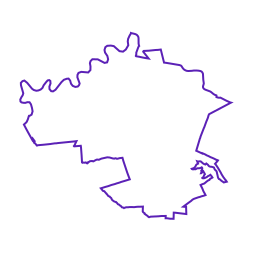 Butea, Iasi, Romania (Mercator projection), rotated 85°
{"feature_id": "2599482B5832134522428", "entity_name": "Butea", "entity_type": "district", "adm_level": 2, "iso_a3": "ROU", "parent_name": "Romania", "parent_adm1": "Iasi", "projection": "mercator", "projection_center": [26.967, 47.08], "detail": "fine", "context": "isolated", "style": "outline", "palette": "violet", "viewbox_px": 256, "rotation_deg": 85, "n_neighbors": 0, "source": "geoboundaries", "source_scale": "gbopen_adm2", "svg_char_len": 5694}
<svg xmlns="http://www.w3.org/2000/svg" viewBox="0 0 256 256"><g transform="rotate(85 128 128)"><path d="M107.3,225.6L108.1,226.0L110.4,226.9L112.6,228.1L113.2,228.5L114.0,229.4L115.5,231.4L120.0,229.5L123.0,228.2L131.3,224.5L130.1,223.9L132.9,222.2L133.0,222.4L133.3,223.3L134.8,222.6L134.8,222.3L135.0,222.0L137.4,220.4L137.6,220.2L137.3,219.6L137.3,219.0L137.3,213.5L137.3,213.1L137.2,207.5L137.2,206.8L137.1,205.6L136.9,202.0L137.0,200.7L136.9,199.3L136.7,182.6L136.6,180.5L140.6,182.8L141.3,183.5L141.5,183.4L141.6,183.1L141.6,182.1L141.6,179.1L141.6,176.6L142.9,176.5L151.1,176.6L158.3,176.8L158.7,176.2L158.5,175.6L158.8,174.2L158.6,173.0L158.8,172.8L159.4,172.3L159.7,171.7L159.5,171.2L158.9,170.9L158.6,170.8L158.5,170.6L158.4,169.9L157.7,168.6L157.8,167.7L157.7,166.9L157.8,166.4L158.2,165.7L158.2,165.3L157.7,164.3L156.8,162.1L156.8,161.1L157.1,159.8L156.2,157.2L155.4,151.2L155.8,148.9L157.1,145.5L157.3,144.1L157.1,143.5L157.1,142.8L157.6,142.0L157.7,141.1L157.3,139.0L157.2,136.1L160.4,135.5L172.2,132.7L176.2,131.6L177.2,131.3L179.3,130.7L180.4,135.8L181.2,139.8L181.5,140.7L181.9,142.5L182.2,144.1L182.7,146.0L183.3,149.4L184.2,152.8L184.7,155.6L185.6,159.7L185.7,160.3L187.6,159.0L188.1,158.7L188.6,158.2L188.9,157.1L189.3,156.8L190.0,156.4L190.2,156.2L191.0,155.6L191.3,155.5L191.5,155.1L191.9,154.9L192.2,154.8L192.8,154.3L194.0,153.6L194.8,152.1L195.3,151.9L195.7,151.5L196.2,150.9L196.8,150.6L197.7,150.4L198.1,150.2L199.7,148.6L200.7,146.7L200.8,146.3L201.0,146.3L201.7,145.5L202.9,144.8L203.1,144.6L203.4,143.8L203.7,143.5L204.6,142.7L204.8,142.2L205.6,141.5L206.4,141.1L206.8,139.9L207.0,139.4L207.4,139.0L207.2,138.7L207.0,137.4L206.8,136.9L206.9,135.3L207.0,134.7L206.9,133.9L207.0,131.8L207.4,128.7L207.3,127.2L207.3,124.6L207.4,124.2L207.5,122.2L207.5,121.7L207.6,121.2L207.6,120.0L212.5,120.6L213.1,120.3L213.8,119.6L214.5,118.8L215.0,118.9L215.6,118.2L216.1,117.6L217.4,116.1L218.3,115.4L218.7,114.8L218.3,113.2L218.6,105.7L218.6,105.0L218.6,102.3L218.9,98.1L221.2,98.4L221.3,97.1L222.1,93.7L222.4,90.5L216.3,89.8L216.4,88.8L217.4,84.1L217.8,82.2L218.8,77.4L211.5,77.0L211.4,78.8L211.2,79.8L208.0,74.6L206.1,71.4L205.3,70.4L204.9,69.8L204.3,68.4L203.1,63.7L203.0,62.7L202.5,60.9L202.1,58.6L201.6,56.6L199.9,57.3L197.8,58.3L194.5,59.3L191.1,60.7L190.5,59.0L189.9,56.7L189.5,56.2L189.0,55.4L188.5,54.8L187.5,53.2L187.1,52.4L186.9,51.6L186.7,51.3L186.0,50.8L185.7,50.5L185.0,48.8L184.7,48.2L183.5,48.8L181.8,50.0L182.5,51.3L182.9,52.5L183.7,53.7L184.1,54.7L184.5,55.8L184.7,56.7L184.7,57.2L184.6,57.8L184.4,58.3L184.1,58.3L183.9,57.8L183.3,57.1L181.4,56.1L180.7,55.4L179.7,55.8L177.6,56.8L177.9,57.2L178.6,57.9L179.4,58.9L179.4,59.2L178.8,58.9L178.2,58.6L177.7,58.6L177.1,58.7L176.8,58.7L176.0,57.9L174.9,57.6L174.5,57.5L173.8,57.8L173.6,58.0L174.1,59.1L174.3,60.5L174.2,61.6L174.2,62.6L174.9,64.1L175.0,64.4L174.8,65.8L174.9,66.6L174.8,67.2L174.4,68.0L174.2,68.1L173.9,66.7L173.7,66.0L173.4,65.5L172.6,64.5L171.4,63.7L171.0,63.5L170.5,63.1L169.9,62.1L169.6,61.3L167.2,62.0L167.6,61.1L167.4,59.9L167.6,58.5L168.7,57.4L169.6,56.6L170.5,55.4L171.1,54.1L170.2,53.1L171.3,51.9L171.6,51.6L172.8,50.9L173.3,50.3L173.5,49.9L173.7,49.4L173.9,48.2L174.4,46.8L174.6,46.3L174.9,45.8L176.6,45.3L177.0,45.1L178.2,44.0L178.6,43.7L179.5,43.4L181.3,43.2L182.4,43.0L184.8,42.7L185.6,42.5L186.7,41.9L186.8,41.5L187.6,40.5L188.2,40.1L189.2,39.0L189.8,38.2L190.6,37.3L190.5,36.8L190.1,34.3L188.6,35.1L188.6,35.3L186.3,36.6L185.8,37.0L182.3,38.8L180.7,39.4L178.6,40.4L175.1,42.1L172.4,43.6L171.3,44.4L168.6,41.6L168.1,41.2L167.5,42.3L167.4,42.9L167.1,43.2L166.7,43.9L166.4,44.3L165.2,46.4L164.2,48.4L163.4,49.6L162.8,50.6L162.4,51.4L161.8,52.5L161.5,52.7L161.3,53.0L160.3,54.8L159.6,56.1L159.9,56.2L156.6,62.0L145.8,57.7L145.4,57.6L144.1,56.9L142.9,56.5L134.6,52.4L134.0,52.0L128.6,49.5L127.6,49.0L127.5,48.9L124.9,47.6L123.4,47.0L122.5,46.7L121.3,46.0L111.7,23.2L111.4,24.0L109.4,27.6L105.8,33.3L105.8,34.7L105.4,36.1L104.9,37.2L103.9,37.0L103.2,37.1L102.6,38.5L102.2,39.1L101.5,40.0L100.0,41.5L99.0,42.6L98.6,43.3L96.6,47.5L96.1,48.3L95.7,48.8L95.2,49.2L94.7,49.5L94.0,49.7L93.5,49.7L92.9,49.6L90.6,48.7L90.1,48.6L86.5,48.8L80.6,48.6L79.9,48.8L79.1,49.1L78.2,49.8L77.7,50.6L77.4,51.4L76.9,53.4L76.7,55.1L76.6,55.8L76.5,57.7L76.6,59.4L76.5,62.4L76.4,63.4L76.2,64.4L75.8,65.3L75.2,66.3L74.4,67.3L73.7,67.8L72.8,68.4L71.2,69.2L70.6,69.6L70.2,70.3L69.8,71.2L68.8,75.1L67.8,78.9L66.4,84.4L66.0,86.4L52.7,88.5L52.8,91.3L52.7,93.7L52.8,100.5L52.6,105.6L52.8,105.9L53.3,106.2L60.6,101.4L59.8,104.7L58.5,109.1L58.1,110.3L57.2,113.7L57.0,113.9L56.4,113.8L55.6,113.4L55.3,113.3L53.7,113.2L48.8,110.9L47.6,110.2L47.4,110.1L47.4,109.9L48.0,109.5L46.7,109.9L44.9,110.1L39.8,109.7L38.9,109.7L38.2,109.8L37.4,110.1L36.7,110.6L36.0,111.1L35.2,112.3L34.7,113.6L33.7,116.6L33.6,116.8L34.3,117.0L36.0,118.3L39.2,120.1L41.7,120.7L45.6,120.5L49.6,123.3L51.5,126.3L50.7,129.8L45.2,135.0L44.4,137.9L44.3,141.5L45.5,143.5L48.2,144.6L50.8,144.3L54.4,142.3L57.8,141.8L60.8,143.1L61.1,145.7L57.0,152.1L56.4,157.5L58.1,159.5L60.1,160.3L63.3,160.0L67.0,160.4L69.2,162.8L68.0,169.7L68.8,172.5L70.7,173.7L73.1,174.0L79.4,172.3L81.0,173.0L82.3,174.4L82.5,176.9L81.2,179.4L78.9,180.9L75.7,181.5L73.6,182.9L73.6,184.7L74.4,187.7L76.5,190.3L83.6,196.9L85.0,199.5L84.6,201.3L82.4,202.8L79.9,202.7L76.9,201.3L74.3,201.3L73.4,202.3L73.6,203.9L75.1,205.5L78.1,208.3L80.6,209.7L82.1,211.7L82.8,214.1L82.9,216.1L81.9,218.6L80.5,220.2L74.2,224.5L71.7,227.1L72.1,229.0L73.7,230.8L76.1,230.9L84.3,229.3L86.3,230.1L87.9,231.4L90.2,232.8L92.2,232.8L93.2,231.9L93.8,229.9L94.0,228.1L93.5,226.0L93.8,223.8L96.0,222.6L99.7,221.9L103.1,221.6L106.3,222.9L107.4,225.2L107.3,225.6Z" fill="none" stroke="#5b21b6" stroke-width="2"/></g></svg>